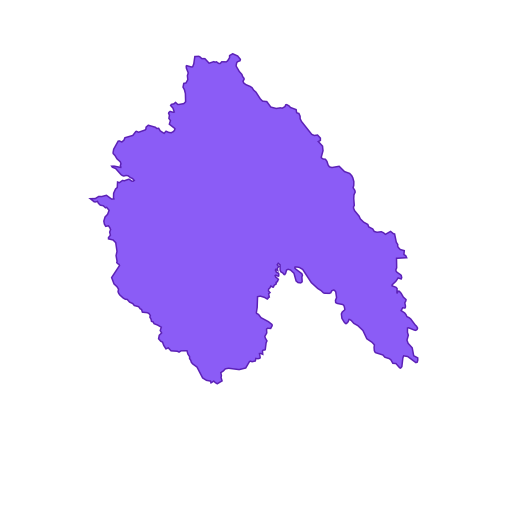 outline of Van Lang, Lạng Sơn, Vietnam, rotated 317°
{"feature_id": "81297802B84784766195181", "entity_name": "Van Lang", "entity_type": "district", "adm_level": 2, "iso_a3": "VNM", "parent_name": "Vietnam", "parent_adm1": "Lạng Sơn", "projection": "equal_earth", "projection_center": [106.578, 22.032], "detail": "fine", "context": "isolated", "style": "filled", "palette": "violet", "viewbox_px": 512, "rotation_deg": 317, "n_neighbors": 0, "source": "geoboundaries", "source_scale": "gbopen_adm2", "svg_char_len": 6090}
<svg xmlns="http://www.w3.org/2000/svg" viewBox="0 0 512 512"><g transform="rotate(317 256 256)"><path d="M180.1,329.0L181.1,330.7L183.9,332.3L186.0,330.8L187.4,332.5L189.1,333.4L189.9,333.0L192.0,329.7L193.0,330.5L193.9,332.5L195.9,329.9L197.1,329.7L198.4,330.8L199.0,330.7L204.3,326.3L206.1,325.6L206.8,322.5L207.6,320.8L211.4,319.6L213.8,316.7L215.1,316.7L217.3,319.0L220.3,318.0L221.0,317.0L220.3,312.5L217.6,304.5L218.0,300.4L217.3,298.4L217.6,297.7L221.8,294.4L229.4,286.8L231.8,288.3L234.0,292.1L234.9,295.2L236.0,295.2L236.7,294.6L237.7,295.1L239.5,292.2L241.3,292.3L241.3,290.0L242.7,288.8L244.4,288.8L246.4,288.1L247.0,290.2L247.5,290.6L249.3,289.8L251.7,290.2L252.8,289.0L254.2,289.4L255.1,288.7L256.2,288.6L256.5,287.7L256.0,284.9L256.6,283.4L257.4,283.5L258.5,286.0L259.0,286.1L260.5,284.6L260.6,283.3L259.8,282.0L260.6,279.5L261.5,279.3L262.0,281.4L263.1,279.7L265.4,279.1L265.5,276.9L267.3,276.5L267.6,278.8L263.9,282.9L263.4,284.7L264.0,286.6L263.9,288.7L264.3,289.2L266.0,288.8L268.7,287.1L270.4,287.6L271.7,289.8L272.0,294.5L268.3,301.6L268.6,304.1L270.3,306.1L271.6,306.4L272.4,306.1L275.3,302.6L276.8,301.8L277.5,300.2L276.1,292.5L276.2,291.2L277.1,290.7L278.7,292.3L279.9,294.0L281.0,297.7L278.3,313.2L279.0,321.9L280.0,325.7L280.2,328.9L280.6,329.8L284.1,333.3L285.6,333.9L287.7,333.1L289.6,333.8L290.0,334.7L289.8,336.7L286.5,341.4L283.9,342.6L282.5,344.4L283.0,346.0L286.3,350.6L286.5,351.9L286.1,353.1L284.6,355.6L283.9,355.9L280.8,355.8L278.9,356.6L276.3,360.2L275.4,364.5L275.4,366.5L276.1,367.1L278.6,366.9L280.7,365.8L281.2,366.3L281.7,368.2L281.6,372.0L283.0,376.4L283.4,383.4L280.6,392.1L282.0,398.2L282.0,401.7L279.9,403.5L278.0,405.9L277.5,407.3L277.6,408.4L281.3,414.9L281.2,417.9L283.5,422.0L283.8,424.1L282.9,427.8L285.0,430.1L284.8,435.7L285.3,436.6L287.2,436.4L293.9,430.7L295.9,429.7L298.4,433.0L300.2,443.0L301.5,443.6L303.3,442.5L304.8,440.8L303.3,436.5L307.6,429.7L307.7,423.6L309.0,420.5L313.4,417.8L314.7,415.1L317.7,412.0L318.6,412.5L321.3,418.2L322.1,419.3L323.7,419.6L325.0,418.9L325.5,416.9L325.4,414.8L326.2,407.7L325.9,405.5L325.0,403.2L325.7,401.2L325.9,399.0L324.9,394.9L328.0,393.9L329.4,395.6L330.2,395.4L331.2,394.5L332.9,391.7L335.0,391.0L336.0,390.2L335.7,386.5L336.7,382.3L336.8,379.5L336.1,378.7L333.5,379.5L337.0,376.0L337.0,374.3L335.2,370.6L336.0,369.9L340.9,369.9L345.0,369.0L346.5,371.8L347.8,371.2L348.9,369.4L349.0,368.6L348.0,363.9L348.2,362.5L348.8,361.5L350.8,360.6L357.2,353.5L365.0,360.0L365.7,357.9L365.2,355.8L368.1,353.2L365.9,349.6L365.9,346.7L366.3,345.4L367.5,344.3L368.0,341.6L372.4,334.4L371.7,333.4L371.2,329.8L365.4,328.4L365.1,326.0L364.2,323.7L360.7,321.2L359.2,318.7L359.8,315.8L358.3,311.5L359.3,309.2L357.8,304.6L357.6,300.0L358.6,297.1L359.0,290.1L360.0,287.5L360.8,286.6L362.4,286.0L366.7,280.6L369.3,278.1L372.1,276.9L373.0,275.4L373.6,272.3L375.7,271.0L378.3,268.3L380.1,264.9L380.8,262.5L380.8,259.5L378.3,254.6L378.0,247.1L371.9,243.1L370.5,240.9L370.8,238.6L372.4,235.2L372.7,233.1L372.6,232.3L371.3,231.0L370.8,229.0L371.0,228.3L376.8,224.7L379.6,221.0L379.6,214.8L381.9,215.4L383.5,213.7L383.5,209.5L380.8,207.6L379.7,205.0L381.0,188.7L381.9,185.7L383.6,183.8L384.6,181.0L383.6,179.4L383.6,178.7L385.2,176.3L382.5,170.9L382.5,168.7L381.7,166.2L380.8,165.7L379.1,166.5L376.0,165.8L374.9,164.3L371.4,161.9L368.4,157.2L369.2,150.4L366.4,147.2L366.3,144.0L367.7,136.2L367.4,133.0L367.9,130.2L367.4,128.1L365.5,123.8L365.0,121.1L365.7,119.3L367.7,118.7L368.4,117.9L368.6,115.7L369.5,113.6L369.6,109.7L370.9,103.9L371.4,103.1L373.7,101.5L374.9,101.3L377.5,102.3L378.7,101.5L379.0,97.2L376.9,92.2L373.4,91.4L371.8,93.0L368.2,93.9L366.6,93.7L363.4,90.6L361.2,90.8L360.5,90.3L360.0,89.6L359.5,87.0L358.2,86.3L357.7,85.1L353.2,83.0L353.2,76.8L351.0,74.7L350.8,72.1L350.3,70.9L347.3,68.4L341.6,73.0L338.7,74.4L337.6,73.6L335.1,69.5L334.5,69.5L333.2,71.1L331.3,75.9L328.8,77.3L326.4,80.5L322.8,81.7L320.9,80.5L317.8,82.7L317.0,85.7L315.1,89.1L309.7,95.2L307.1,95.3L303.1,92.7L302.1,91.8L301.9,88.8L299.7,88.7L297.5,87.4L296.2,87.7L296.1,91.3L294.4,94.9L293.4,94.4L291.8,91.7L290.2,91.6L289.4,92.0L288.7,94.0L286.1,96.0L285.8,98.6L282.5,100.5L283.6,107.5L282.6,108.3L280.6,108.7L278.0,108.0L276.4,106.0L275.3,103.4L272.4,103.6L271.3,99.2L271.9,96.2L270.4,95.1L270.2,93.2L266.4,86.9L263.5,86.8L262.0,88.1L260.8,88.2L254.5,85.4L253.6,83.3L253.0,83.0L248.1,83.8L240.8,80.1L238.5,81.2L235.6,81.1L234.5,78.6L233.5,78.0L224.8,80.8L222.1,82.8L221.4,83.7L221.4,86.4L220.6,90.1L221.0,94.5L220.1,96.5L218.5,97.3L217.8,98.8L217.5,99.0L213.6,93.6L211.7,91.9L211.5,93.1L213.0,96.3L212.8,104.4L213.1,105.9L213.8,107.3L215.9,108.5L217.2,110.1L217.6,113.0L218.5,115.0L218.5,117.7L217.1,117.5L216.2,116.6L215.6,113.4L215.0,112.9L211.0,111.2L209.9,109.7L206.1,109.2L205.2,107.5L201.2,111.3L199.0,111.2L194.7,113.0L191.6,116.1L191.0,117.3L189.2,115.9L188.0,109.6L183.7,107.3L181.6,105.2L177.7,104.4L173.9,101.1L174.6,106.0L175.6,107.1L177.3,107.9L176.7,110.0L176.8,112.6L178.6,115.1L178.8,118.1L180.0,118.6L179.7,122.4L175.9,124.3L172.2,124.5L168.5,126.7L166.9,129.2L166.3,131.8L168.7,133.3L168.4,135.6L167.7,137.5L165.3,138.7L163.7,141.5L160.7,141.9L159.8,142.9L162.4,146.8L162.5,150.6L157.5,157.8L153.9,160.3L150.8,165.1L149.7,165.8L149.6,167.2L150.1,168.7L149.7,169.9L135.7,173.3L133.1,179.6L133.4,183.6L132.9,186.4L130.7,188.1L130.1,189.7L129.8,191.7L130.2,196.2L130.9,198.5L132.2,199.9L132.1,203.5L133.4,206.7L133.2,209.2L135.6,213.0L135.3,215.6L135.8,217.1L134.6,219.6L137.8,223.3L138.5,225.0L138.1,227.5L136.7,228.3L136.1,230.7L135.0,232.5L135.8,234.0L135.3,236.0L136.9,239.3L138.2,243.5L135.1,245.2L134.5,247.9L131.2,248.0L128.3,250.1L128.2,253.5L128.9,255.2L127.5,258.6L126.8,262.5L129.2,263.3L129.2,267.4L133.4,271.9L134.2,273.8L136.6,274.3L140.9,278.2L139.3,281.3L138.8,284.3L137.4,285.8L137.2,287.6L136.2,289.7L136.1,291.7L137.1,297.0L133.8,308.8L135.0,313.2L137.4,316.4L136.6,318.1L139.8,318.7L139.9,320.9L140.5,323.0L146.0,324.2L147.6,321.0L149.1,319.9L150.7,317.3L153.8,317.8L156.6,317.6L159.4,319.4L166.2,327.6L172.1,330.9L179.1,328.8L180.1,329.0Z" fill="#8b5cf6" stroke="#5b21b6" stroke-width="1.5"/></g></svg>